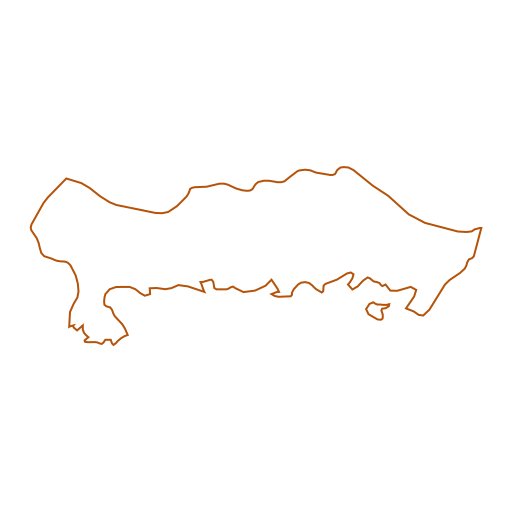 Blekinge, Natural Earth projection
{"feature_id": "SWE-262", "entity_name": "Blekinge", "entity_type": "County", "adm_level": 1, "iso_a3": "SWE", "parent_name": "Sweden", "parent_adm1": "", "projection": "natural_earth1", "projection_center": [15.198, 56.256], "detail": "fine", "context": "isolated", "style": "outline", "palette": "amber", "viewbox_px": 512, "rotation_deg": 0, "n_neighbors": 0, "source": "natural_earth", "source_scale": "10m", "svg_char_len": 2915}
<svg xmlns="http://www.w3.org/2000/svg" viewBox="0 0 512 512"><path d="M481.3,228.0L473.8,256.4L472.0,258.2L468.9,259.4L467.3,262.2L466.3,265.7L464.6,268.8L460.1,272.9L449.6,280.0L445.0,284.5L429.4,309.7L423.2,315.5L418.7,314.9L413.7,311.4L406.0,308.4L414.1,296.6L416.2,289.9L410.7,286.9L397.2,290.8L390.3,290.6L385.5,284.5L382.4,286.1L380.9,285.0L379.5,283.1L377.0,282.1L373.6,281.4L369.7,278.2L367.6,277.5L363.1,280.6L357.7,286.4L352.4,289.5L348.0,284.5L349.8,282.4L352.4,278.3L353.5,274.3L350.8,272.5L347.1,273.4L336.8,279.7L325.4,283.9L323.6,285.7L323.2,291.2L321.8,292.5L316.3,289.3L314.3,287.6L312.0,285.2L309.1,283.0L305.0,282.1L301.1,282.7L298.2,284.4L293.7,289.3L292.0,292.7L291.9,294.9L290.7,296.3L278.5,296.8L274.8,296.0L271.5,294.1L276.8,292.0L279.0,291.9L277.4,288.5L271.5,279.7L265.6,285.7L255.0,290.6L243.5,292.1L235.2,288.1L233.1,286.6L230.9,287.2L228.8,288.5L226.7,289.3L216.4,289.3L214.3,288.0L213.3,281.9L211.6,279.7L209.8,279.9L203.1,281.9L200.5,282.1L201.5,284.2L203.4,289.8L204.4,291.9L187.9,286.4L178.4,285.1L171.5,288.1L165.4,289.2L156.5,288.0L149.7,288.3L150.1,294.1L144.8,295.7L140.2,293.1L135.4,289.2L129.6,286.9L116.1,287.0L109.7,289.2L105.4,294.1L104.6,297.0L104.1,301.1L104.4,304.7L106.3,306.3L110.2,307.4L112.1,310.0L113.2,313.2L114.7,316.1L122.4,324.4L125.0,328.7L127.7,335.0L124.6,336.1L121.1,338.2L118.0,340.8L115.6,343.4L113.4,344.9L112.0,343.4L110.7,339.8L105.3,339.8L103.5,342.5L101.8,343.9L99.5,343.4L97.6,342.5L95.5,342.1L87.9,342.2L85.0,341.8L84.6,340.4L88.4,337.2L86.1,335.2L84.0,332.8L82.8,329.6L82.8,325.4L77.1,330.4L74.1,327.9L72.9,326.2L73.5,325.4L70.1,326.3L69.2,326.8L70.0,312.0L73.7,303.7L77.4,297.5L78.5,291.5L77.8,283.5L75.7,275.5L70.5,265.4L68.3,263.1L66.4,262.0L64.2,261.5L60.8,261.4L57.1,260.8L54.7,260.0L51.9,258.7L44.2,256.2L41.3,253.0L39.8,248.0L38.6,242.8L36.7,238.2L31.3,230.2L30.7,227.4L31.5,224.4L43.5,203.0L47.8,197.5L66.3,178.5L81.4,183.1L89.8,188.1L99.9,196.1L109.5,202.2L116.4,205.0L155.7,213.0L162.3,213.2L168.1,212.0L177.0,206.1L186.5,196.6L188.3,193.8L189.4,191.2L190.0,189.1L192.0,187.8L194.9,187.2L206.7,186.7L219.4,183.7L224.2,183.7L228.0,184.7L236.1,188.5L242.4,190.3L246.9,190.8L249.8,190.6L251.7,189.7L253.0,188.4L254.1,186.4L255.7,184.1L258.3,182.0L264.0,180.7L269.7,180.8L277.4,182.2L281.2,182.2L284.3,181.4L289.9,176.9L297.4,171.2L299.1,170.5L305.1,169.7L310.2,170.3L316.0,172.6L330.5,175.0L332.8,174.9L335.0,174.1L335.9,172.6L336.5,171.3L337.0,170.4L337.9,169.5L340.5,167.5L343.8,167.1L348.4,167.5L353.5,170.1L372.8,185.7L388.2,195.8L408.8,214.4L425.0,222.9L457.8,231.5L466.4,232.0L471.7,231.4L474.6,229.4L479.8,228.0L481.3,228.0ZM383.3,304.9L386.7,304.9L389.2,304.2L388.9,306.1L385.7,308.2L382.1,308.7L381.4,310.5L382.7,314.4L382.8,317.4L382.4,318.8L381.0,319.7L378.5,319.6L377.3,319.3L368.5,314.2L366.1,309.1L369.5,303.9L373.4,302.3L375.1,303.6L377.3,304.5L380.1,304.5L383.3,304.9Z" fill="none" stroke="#b45309" stroke-width="2"/></svg>